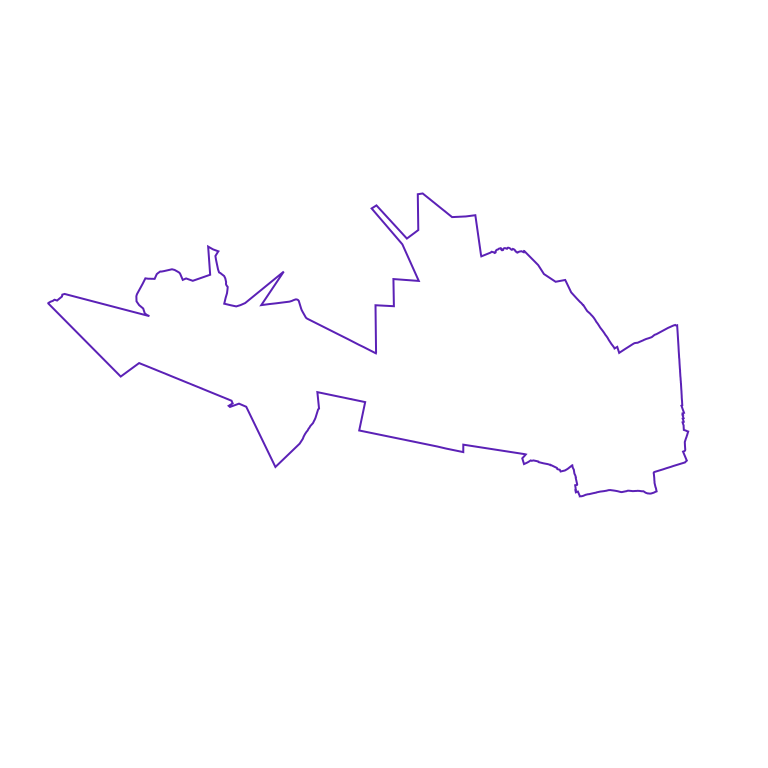 outline of Soledad de Graciano Sánchez, San Luis Potosí, Mexico, rotated 253°
{"feature_id": "50627088B59351760341300", "entity_name": "Soledad de Graciano Sánchez", "entity_type": "district", "adm_level": 2, "iso_a3": "MEX", "parent_name": "Mexico", "parent_adm1": "San Luis Potosí", "projection": "mercator", "projection_center": [-100.889, 22.295], "detail": "fine", "context": "isolated", "style": "outline", "palette": "violet", "viewbox_px": 768, "rotation_deg": 253, "n_neighbors": 0, "source": "geoboundaries", "source_scale": "gbopen_adm2", "svg_char_len": 6097}
<svg xmlns="http://www.w3.org/2000/svg" viewBox="0 0 768 768"><g transform="rotate(253 384 384)"><path d="M559.2,86.5L468.1,134.4L475.6,155.9L470.4,162.4L412.6,233.3L409.7,233.6L408.5,229.1L407.1,230.0L407.6,239.6L402.5,245.6L336.4,255.9L351.6,285.9L355.2,290.2L356.5,291.3L357.0,291.6L358.7,293.3L359.2,293.8L361.0,296.0L361.8,297.3L363.4,298.9L364.1,300.0L365.3,301.2L367.4,304.7L369.6,306.7L370.0,307.2L370.5,307.6L371.8,308.7L372.7,309.3L379.0,313.6L379.2,314.2L379.5,314.7L395.7,317.9L372.2,360.7L346.8,346.7L308.7,416.6L304.1,424.5L295.7,439.9L302.8,442.1L275.7,498.2L275.2,499.0L274.5,497.9L272.5,494.5L266.5,494.5L266.9,497.5L267.3,499.5L267.8,501.1L268.0,502.0L267.4,502.7L267.3,503.5L267.2,504.6L265.5,507.7L264.7,509.0L264.1,509.0L263.1,510.7L261.6,513.2L260.0,516.2L260.0,516.3L258.8,518.3L257.8,519.4L258.0,519.6L253.2,524.8L251.9,524.9L250.6,527.0L248.7,527.3L248.4,531.7L249.0,534.3L249.2,535.0L251.2,540.1L251.2,540.3L250.3,540.2L249.6,540.1L249.2,540.0L246.4,540.5L246.1,540.4L242.6,539.9L240.7,540.2L238.5,540.2L238.3,539.9L231.5,539.4L231.1,539.1L231.3,537.2L229.0,536.9L227.7,536.6L226.6,536.6L226.6,536.0L224.3,535.8L224.4,536.9L224.4,538.0L221.3,538.3L220.4,538.4L219.5,538.6L219.3,538.5L218.9,540.1L218.8,541.6L218.9,542.6L218.9,542.9L219.1,544.4L219.0,545.5L219.0,546.4L218.9,547.0L218.7,547.8L218.4,552.1L218.1,555.3L218.2,555.7L217.9,559.3L217.5,561.5L217.2,563.3L217.0,565.0L216.9,565.5L216.9,566.1L216.8,567.9L216.7,568.3L216.6,568.6L216.5,569.2L215.8,570.7L215.4,571.6L214.7,573.1L213.9,574.7L213.1,576.2L212.1,577.8L211.3,579.2L211.1,579.8L211.0,580.8L210.7,584.0L210.6,584.5L210.7,585.5L210.7,585.8L210.6,586.1L210.5,586.6L209.3,589.5L208.8,590.6L208.5,591.9L208.3,592.7L208.0,594.0L207.8,594.6L207.7,595.4L207.4,596.0L207.2,596.7L206.7,597.8L206.2,598.9L206.1,599.1L205.9,599.7L205.6,600.7L204.6,601.6L204.0,602.0L203.4,602.6L202.8,603.4L202.2,604.3L202.1,604.7L201.5,606.1L201.2,607.2L201.2,610.1L201.5,611.9L201.6,613.3L202.8,613.4L204.0,613.5L204.5,613.6L204.8,613.6L206.0,613.5L209.0,613.7L210.4,613.8L211.3,614.1L212.9,614.4L214.8,614.9L215.7,615.1L219.3,615.8L219.6,615.8L219.8,615.8L220.3,616.0L220.5,616.3L220.7,616.6L220.8,616.7L220.8,619.6L220.8,621.9L220.8,626.1L220.9,629.5L220.9,632.1L220.9,633.4L220.9,634.2L221.0,636.7L221.0,643.6L221.0,644.5L221.0,648.9L221.5,649.7L221.7,650.2L221.9,650.5L222.2,651.2L223.0,651.1L231.9,650.2L232.0,651.6L232.1,651.9L232.2,652.2L232.6,652.6L232.9,652.8L233.6,653.0L237.1,653.8L240.6,654.7L242.6,656.1L242.8,656.2L243.9,657.0L244.9,657.8L245.5,658.2L246.3,658.7L246.7,659.1L247.4,659.5L249.6,661.0L250.4,659.9L251.2,659.0L251.5,658.6L252.4,657.3L255.7,658.1L256.6,658.4L260.1,658.3L260.2,659.6L263.6,659.5L263.6,660.5L267.1,660.4L267.1,661.0L268.6,660.9L268.7,662.5L270.2,662.4L271.7,662.3L274.8,662.2L276.3,662.1L276.4,663.0L277.6,663.3L279.3,663.7L280.4,664.0L281.9,664.3L284.1,664.8L285.5,665.2L287.2,665.6L289.6,666.2L289.9,666.3L292.2,666.8L297.9,668.2L298.6,668.3L299.7,668.6L300.1,668.7L300.8,668.8L302.8,669.3L303.8,669.5L304.2,669.6L304.9,669.7L305.6,669.9L309.8,670.9L310.3,671.1L311.5,671.3L313.7,671.8L317.1,672.6L321.5,673.7L323.2,674.0L324.7,674.4L327.7,675.1L329.0,675.4L333.4,676.5L346.8,679.7L354.4,681.5L354.4,680.8L354.7,680.2L355.3,679.8L355.3,677.8L354.6,672.0L352.0,659.1L351.9,657.1L350.6,653.9L350.5,653.0L350.4,650.5L350.4,647.8L350.3,647.0L350.2,645.7L350.0,644.7L349.6,640.9L349.4,639.4L349.3,638.6L349.6,637.2L349.8,635.8L349.8,635.6L349.7,634.8L349.2,632.8L348.6,630.7L347.0,624.9L345.3,619.0L345.0,618.0L351.3,617.9L350.6,614.9L350.8,614.9L353.1,614.2L355.7,613.2L360.5,611.8L362.9,611.3L365.3,610.5L366.5,610.0L367.8,609.7L370.0,609.0L371.4,608.5L373.0,607.9L374.3,607.4L375.2,607.1L376.1,606.9L379.3,606.0L381.7,605.1L382.9,604.9L384.6,604.4L386.2,603.9L388.1,603.1L389.6,602.3L391.0,601.7L392.8,600.6L394.2,599.7L396.1,599.1L401.2,597.7L401.2,597.4L403.7,596.4L404.9,595.6L409.5,593.3L416.9,589.8L428.1,588.1L430.5,587.7L431.6,578.0L442.4,569.1L447.8,567.6L452.7,566.2L470.2,557.0L470.3,556.8L470.1,556.6L469.2,556.1L470.8,554.2L470.9,553.2L471.0,552.7L471.0,551.6L470.9,550.9L470.6,550.2L470.7,549.8L471.5,549.5L471.8,549.3L471.9,549.0L472.1,548.7L472.9,548.5L474.0,548.2L474.9,547.5L475.5,546.7L475.0,546.1L475.0,545.4L475.5,544.9L476.5,544.4L477.3,543.7L477.9,542.9L478.1,542.1L477.8,541.5L477.4,541.2L477.6,540.7L478.2,540.1L478.6,539.3L478.7,538.5L478.4,538.0L478.3,537.7L477.9,537.3L477.4,537.1L477.3,536.8L477.3,536.5L477.5,535.8L477.9,535.6L478.4,535.4L479.1,535.7L479.5,535.6L479.8,535.2L479.7,534.6L479.8,534.1L479.8,533.3L479.3,532.3L479.4,531.5L479.1,530.5L478.2,529.5L477.2,529.2L476.9,528.2L477.3,527.8L477.9,527.5L478.2,526.8L478.7,526.1L479.0,525.6L478.5,524.4L477.6,514.4L479.1,514.5L518.7,520.7L520.3,511.3L523.7,497.9L554.9,476.7L555.6,471.8L521.2,461.8L516.4,448.4L557.0,429.0L555.5,423.5L512.2,442.4L472.4,447.4L481.6,423.7L455.5,416.2L461.8,398.9L416.4,385.6L415.7,385.2L425.2,375.4L429.0,371.3L437.1,363.0L445.2,354.5L468.8,329.8L469.5,329.2L470.4,328.7L476.2,327.4L478.7,326.9L480.5,326.8L486.6,326.8L488.4,326.8L489.5,326.3L490.3,325.4L490.7,324.5L490.7,323.2L490.6,321.6L490.4,320.3L490.4,318.3L490.4,317.7L491.5,311.4L492.7,304.4L494.0,297.5L495.3,289.7L520.8,321.0L502.0,274.9L501.4,269.8L501.4,265.4L504.1,260.5L507.5,254.7L512.8,257.8L516.7,260.4L520.5,262.1L522.5,262.9L524.4,262.2L524.6,262.2L525.8,262.1L527.6,262.8L531.4,263.1L534.0,262.7L536.8,260.7L537.9,260.0L538.8,259.0L539.0,258.9L542.1,258.8L547.7,259.3L552.1,259.7L555.7,260.2L558.6,263.5L559.3,264.4L562.7,259.9L566.8,256.0L539.3,249.7L538.7,234.2L538.6,231.3L542.8,225.6L542.4,222.0L547.9,221.4L548.4,221.4L550.2,220.9L551.8,219.5L554.3,217.1L555.7,214.8L556.3,206.5L556.6,204.0L557.0,202.9L556.1,200.2L555.5,198.8L551.6,195.4L552.5,192.7L553.7,189.1L554.8,186.7L550.4,182.5L542.2,174.1L541.1,173.3L540.2,172.8L535.4,171.5L532.9,172.3L531.0,172.9L526.6,175.8L525.8,175.8L521.4,175.9L519.3,177.5L517.5,179.5L563.5,104.9L563.5,102.5L561.8,101.6L560.0,97.2L559.4,95.8L560.9,93.6L560.8,93.0L560.3,91.6L560.2,89.3L559.6,86.7L559.2,86.5Z" fill="none" stroke="#5b21b6" stroke-width="2"/></g></svg>